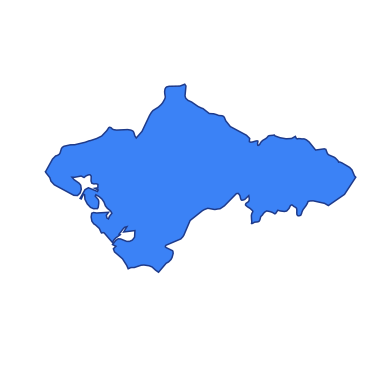 Las Tunas, Equal Earth projection, rotated 206°
{"feature_id": "CUB-1368", "entity_name": "Las Tunas", "entity_type": "Province", "adm_level": 1, "iso_a3": "CUB", "parent_name": "Cuba", "parent_adm1": "", "projection": "equal_earth", "projection_center": [-77.037, 21.068], "detail": "fine", "context": "isolated", "style": "filled", "palette": "blue", "viewbox_px": 384, "rotation_deg": 206, "n_neighbors": 0, "source": "natural_earth", "source_scale": "10m", "svg_char_len": 4224}
<svg xmlns="http://www.w3.org/2000/svg" viewBox="0 0 384 384"><g transform="rotate(206 192 192)"><path d="M215.7,95.0L218.5,97.4L225.2,101.5L235.4,104.2L237.8,106.5L236.6,109.9L240.4,109.9L239.3,115.1L237.8,117.6L235.6,118.5L229.0,119.0L226.4,120.3L224.5,122.7L223.8,126.2L226.4,132.3L235.9,126.1L235.3,132.3L237.1,130.7L237.9,128.1L238.4,125.1L239.1,122.1L237.8,122.1L240.4,117.3L241.2,114.8L241.5,111.8L252.9,116.7L254.0,116.6L255.4,115.5L256.2,116.0L259.3,118.6L264.3,120.1L266.3,120.3L269.2,121.9L271.7,125.3L272.8,128.9L271.5,130.4L268.5,131.3L258.1,137.2L258.8,133.5L257.1,131.3L255.3,131.2L255.5,133.8L254.7,137.8L257.1,139.4L260.9,140.2L263.8,141.6L266.6,144.3L269.7,146.1L273.2,147.1L277.2,147.4L277.2,145.9L273.1,144.1L271.9,143.0L270.8,140.8L269.6,137.2L269.7,135.6L273.2,133.8L276.5,133.7L280.9,135.4L285.0,138.5L287.4,142.5L288.6,142.5L288.5,137.2L289.8,137.2L289.2,147.2L287.0,150.4L277.2,151.0L277.2,152.7L281.0,152.7L279.2,154.0L278.4,154.4L279.9,157.6L281.8,157.4L283.8,156.2L286.0,156.0L287.6,157.7L289.5,162.0L291.2,162.8L292.2,162.3L293.4,161.1L294.5,159.7L295.0,158.5L295.4,157.7L296.5,157.7L297.7,157.8L298.7,157.7L304.1,153.7L306.3,152.7L303.4,151.4L297.3,150.4L295.0,149.3L292.7,145.9L292.1,142.0L293.4,138.6L296.8,137.2L318.9,138.1L323.5,139.9L326.1,142.6L332.1,145.5L332.7,146.1L332.5,146.4L331.8,160.4L330.4,164.6L329.5,165.4L328.8,166.2L327.8,167.8L327.7,169.4L328.4,173.8L328.1,175.4L327.1,177.0L322.1,181.0L318.1,183.1L309.9,189.8L306.9,192.9L305.8,193.7L301.2,198.2L297.7,202.7L295.5,209.7L295.0,213.4L294.4,214.1L293.1,214.3L292.2,214.1L291.1,213.6L289.4,213.8L286.9,214.6L277.2,219.9L274.2,220.8L272.9,220.9L271.7,220.8L270.9,220.4L269.9,219.5L268.0,217.4L265.8,216.1L263.5,224.6L263.7,242.2L263.4,245.7L262.8,248.1L259.4,253.6L258.1,256.9L257.5,259.2L257.3,262.4L257.3,264.4L257.7,265.8L259.7,268.6L260.7,270.4L261.4,272.8L261.3,274.3L260.8,275.4L258.9,277.0L257.1,277.9L249.7,281.7L248.9,282.3L245.8,285.7L243.9,284.6L240.4,275.3L238.7,273.5L235.9,272.6L231.7,272.7L223.9,271.5L220.1,271.6L218.7,271.8L210.9,270.1L206.8,271.8L204.0,272.3L201.5,272.5L198.5,273.7L196.8,273.8L195.6,273.2L192.9,270.8L186.2,267.6L168.0,266.9L163.6,265.4L163.2,264.0L162.5,262.4L161.3,262.4L159.9,263.2L157.0,265.8L155.8,266.6L155.0,266.6L154.3,264.2L153.3,262.8L152.6,263.1L152.1,264.2L151.9,266.9L151.5,268.3L151.0,269.5L149.2,272.2L148.5,273.6L148.1,275.2L147.9,275.8L147.5,276.3L146.7,276.9L143.9,278.6L143.1,279.3L141.9,278.8L136.6,279.4L130.7,281.1L125.9,283.8L123.5,287.3L121.7,285.9L120.6,285.9L119.7,286.7L118.4,287.3L116.4,287.9L115.2,288.6L114.0,289.0L111.9,289.0L108.7,288.3L99.3,283.9L92.0,288.8L90.4,289.0L87.7,286.4L86.5,285.6L85.1,285.3L79.6,285.6L78.1,285.4L74.5,284.1L73.3,283.1L72.6,283.7L70.2,283.9L61.1,283.2L57.9,282.0L53.0,277.7L51.3,277.1L53.9,256.7L63.5,239.6L67.9,239.9L79.2,237.2L82.0,235.7L83.5,234.4L83.4,233.0L83.4,231.2L83.6,229.3L84.4,225.3L84.5,223.8L84.4,222.2L84.1,220.6L84.1,218.7L85.5,217.4L86.7,217.1L87.8,217.7L88.8,219.4L89.5,221.0L90.4,222.6L91.1,223.3L92.2,223.6L94.3,223.7L95.2,224.0L96.6,224.2L97.2,223.6L97.6,222.8L97.6,219.7L98.6,216.4L100.4,215.0L104.2,213.7L106.9,213.2L107.4,209.5L107.9,208.7L108.4,208.7L110.7,208.9L113.2,208.6L116.6,207.7L117.8,205.8L118.4,204.0L118.6,202.3L119.4,200.1L119.4,199.8L119.0,197.9L118.8,196.8L118.8,195.4L119.2,194.6L119.8,194.0L122.5,192.3L123.8,190.4L124.4,189.8L124.7,189.8L124.8,190.3L125.0,190.9L125.3,191.6L126.1,192.9L126.6,193.7L128.3,196.8L128.6,197.9L128.8,199.1L128.7,200.5L128.8,201.2L129.3,201.7L132.5,202.7L135.6,203.0L137.2,203.4L138.1,203.7L138.5,204.4L138.5,205.0L138.4,205.6L137.1,208.0L137.0,208.7L137.0,209.5L137.6,211.1L139.4,213.6L141.3,208.4L142.6,207.1L143.7,206.4L144.5,206.6L145.4,207.4L147.3,209.7L148.4,210.4L149.9,211.0L151.4,210.0L156.8,193.8L159.4,189.3L161.6,187.9L163.3,186.6L164.2,186.1L169.7,184.6L170.9,184.1L173.3,181.5L174.5,179.7L181.2,165.6L180.4,149.6L180.6,147.8L181.5,144.9L192.0,132.8L192.2,131.9L191.9,131.0L190.8,130.7L183.7,130.7L182.9,130.0L182.0,128.5L181.2,124.4L181.3,122.1L182.4,118.9L184.0,116.6L186.9,105.2L190.6,105.8L194.9,107.1L198.2,106.9L203.2,105.3L205.6,103.9L210.8,98.8L213.8,97.3L215.3,95.5L215.7,95.0Z" fill="#3b82f6" stroke="#1e3a8a" stroke-width="1.5"/></g></svg>